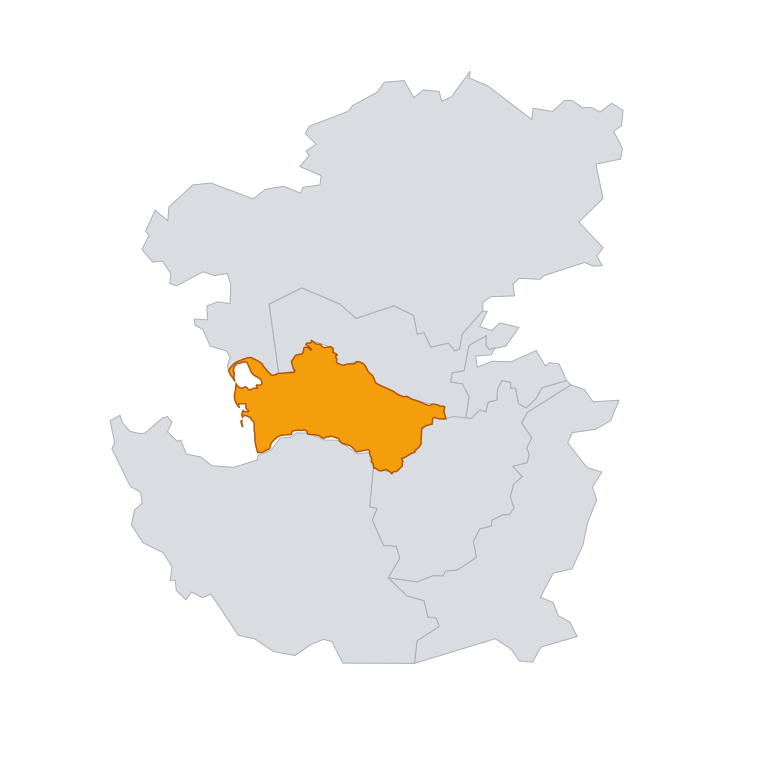 Turkmenistan highlighted, orthographic projection, rotated 351°
{"feature_id": "TKM", "entity_name": "Turkmenistan", "entity_type": "country or territory", "adm_level": 0, "iso_a3": "TKM", "parent_name": "Asia", "parent_adm1": "", "projection": "orthographic", "projection_center": [58.325, 38.975], "detail": "fine", "context": "with_neighbors", "style": "filled", "palette": "amber", "viewbox_px": 768, "rotation_deg": 351, "n_neighbors": 6, "source": "natural_earth", "source_scale": "50m", "svg_char_len": 10162}
<svg xmlns="http://www.w3.org/2000/svg" viewBox="0 0 768 768"><g transform="rotate(351 384 384)"><path d="M662.9,151.1L659.1,165.8L650.4,170.5L656.4,188.7L652.9,198.8L627.7,200.0L629.3,235.0L601.7,254.6L621.8,283.7L614.2,290.8L618.0,301.1L609.2,300.4L601.0,295.3L558.9,302.0L554.5,305.0L533.8,300.7L526.9,305.9L526.8,317.4L503.3,314.5L494.7,318.5L492.9,327.2L468.8,347.3L464.2,361.6L458.9,362.3L454.0,353.8L435.9,355.0L431.5,339.6L424.6,340.1L423.9,321.0L406.2,308.4L366.6,314.9L352.8,298.2L317.9,276.3L283.1,287.1L281.7,357.4L274.3,358.1L264.9,342.8L255.5,337.0L239.3,340.2L232.6,346.1L232.2,341.4L236.2,333.7L233.9,326.9L218.3,319.3L213.6,301.7L206.5,296.3L206.7,290.1L219.7,293.0L221.4,279.1L233.0,276.9L244.5,280.5L248.1,262.1L246.5,250.3L233.4,250.4L222.8,244.9L194.4,254.7L188.2,251.0L190.7,241.4L184.2,228.0L174.7,227.4L166.0,213.4L175.3,200.1L172.3,195.9L185.1,176.6L196.0,188.9L199.3,175.4L226.2,157.5L244.6,158.4L283.9,180.8L296.9,173.2L316.0,173.0L331.5,182.6L334.9,177.0L351.9,177.3L354.5,168.4L334.9,156.1L345.8,146.7L343.5,141.7L354.4,136.6L345.6,124.2L350.5,117.7L391.7,109.0L396.6,104.0L423.0,94.7L431.5,86.0L451.4,87.5L458.3,105.8L468.8,99.7L484.1,103.6L485.3,113.7L495.6,110.8L518.2,88.5L515.8,95.0L533.3,105.9L571.3,145.9L574.4,134.9L592.9,141.2L607.1,132.1L614.3,133.5L623.3,142.2L632.2,143.3L639.7,149.3L652.8,142.3L662.9,151.1Z" fill="#d9dde1" stroke="#a8b0b8" stroke-width="1"/><path d="M281.7,357.4L283.1,287.1L317.9,276.3L352.8,298.2L366.6,314.9L406.2,308.4L423.9,321.0L424.6,340.1L431.5,339.6L435.9,355.0L454.0,353.8L458.9,362.3L464.2,361.6L468.8,347.3L492.9,327.2L497.3,328.5L487.4,342.3L498.8,348.0L508.0,341.8L526.2,349.2L510.3,365.6L493.4,366.6L490.6,361.7L492.4,352.5L474.0,359.3L465.3,383.4L453.1,383.8L450.2,392.5L461.4,395.9L466.1,409.8L459.7,429.9L439.6,427.7L439.0,416.0L402.4,401.2L374.7,380.5L366.8,361.1L361.8,357.8L346.3,359.2L340.7,355.4L338.9,340.2L319.8,330.3L307.9,341.4L295.7,347.8L297.9,357.5L281.7,357.4Z" fill="#d9dde1" stroke="#a8b0b8" stroke-width="1"/><path d="M613.5,436.8L602.2,455.6L586.0,461.8L562.4,461.5L556.2,470.9L571.4,498.2L585.4,505.1L573.8,518.4L576.0,531.7L563.2,553.1L555.5,573.8L540.8,596.0L521.5,597.3L505.1,619.2L516.8,626.2L520.0,640.2L530.4,648.2L535.3,663.6L497.7,668.4L487.2,682.0L474.2,678.6L468.2,665.9L454.1,653.0L370.4,664.7L376.4,642.8L400.6,632.0L398.9,623.5L390.7,620.9L389.6,604.4L373.3,596.8L357.8,576.0L385.9,584.6L402.4,580.9L412.4,582.7L415.6,578.4L427.2,579.2L448.1,569.7L447.5,553.6L455.7,542.1L467.8,540.9L469.1,535.4L481.1,531.6L487.2,532.7L492.9,526.6L490.9,515.4L496.3,503.2L505.8,497.1L498.2,485.4L513.0,484.0L516.4,476.6L514.9,469.4L521.4,460.4L513.8,443.8L521.4,434.2L568.5,414.1L580.9,420.8L587.8,434.3L613.5,436.8Z" fill="#d9dde1" stroke="#a8b0b8" stroke-width="1"/><path d="M439.6,427.7L448.0,427.0L464.6,431.7L474.8,424.4L480.2,427.5L484.0,418.2L492.9,417.4L495.4,406.5L500.9,399.0L509.4,402.2L508.6,408.2L513.2,408.5L514.0,424.6L520.8,429.9L531.7,422.2L539.6,412.3L564.9,409.2L568.5,414.1L521.4,434.2L513.8,443.8L521.4,460.4L514.9,469.4L516.4,476.6L513.0,484.0L498.2,485.4L505.8,497.1L496.3,503.2L490.9,515.4L492.9,526.6L487.2,532.7L481.1,531.6L469.1,535.4L467.8,540.9L455.7,542.1L447.5,553.6L448.1,569.7L427.2,579.2L415.6,578.4L412.4,582.7L402.4,580.9L385.9,584.6L357.8,576.0L372.3,558.4L370.6,546.3L358.2,543.5L351.0,516.4L357.6,505.8L350.6,503.2L360.3,465.3L376.4,471.9L388.1,468.8L390.9,460.0L402.9,456.5L411.2,450.1L413.2,434.6L425.7,430.0L427.5,423.0L439.6,427.7Z" fill="#d9dde1" stroke="#a8b0b8" stroke-width="1"/><path d="M459.7,429.9L466.1,409.8L461.4,395.9L450.2,392.5L453.1,383.8L465.3,383.4L474.0,359.3L492.4,352.5L490.6,361.7L493.4,366.6L499.2,365.3L494.8,371.9L478.8,370.8L478.8,381.9L494.3,378.4L512.9,382.0L539.6,374.7L546.2,391.5L550.6,388.8L560.0,391.5L564.9,409.2L539.6,412.3L531.7,422.2L520.8,429.9L514.0,424.6L513.2,408.5L508.6,408.2L509.4,402.2L500.9,399.0L495.4,406.5L492.9,417.4L484.0,418.2L480.2,427.5L474.8,424.4L464.6,431.7L459.7,429.9Z" fill="#d9dde1" stroke="#a8b0b8" stroke-width="1"/><path d="M154.6,566.1L146.5,555.2L147.2,545.2L142.1,544.6L146.0,531.3L139.3,515.9L121.1,503.1L112.5,483.6L117.9,469.4L126.5,463.9L126.7,452.7L117.5,445.7L105.1,405.3L108.8,399.9L107.7,377.5L118.3,373.6L119.5,381.1L125.6,390.9L135.2,394.8L140.5,395.0L159.4,383.1L165.0,382.3L168.7,388.4L162.6,397.2L170.7,408.2L174.5,407.6L177.8,422.2L191.7,427.5L201.4,437.9L222.8,442.8L246.8,439.2L248.5,434.8L262.0,431.7L273.1,421.1L283.2,422.0L289.9,418.5L300.5,420.5L317.2,430.2L329.3,432.2L347.1,448.9L358.5,449.3L360.3,465.3L350.6,503.2L357.6,505.8L351.0,516.4L358.2,543.5L370.6,546.3L372.3,558.4L357.8,576.0L373.3,596.8L389.6,604.4L390.7,620.9L398.9,623.5L400.6,632.0L376.4,642.8L370.4,664.7L299.5,653.2L292.4,630.3L284.3,626.8L271.2,629.8L253.8,638.3L233.1,631.1L216.7,615.7L200.8,609.3L180.2,564.5L171.2,566.7L161.3,559.4L154.6,566.1Z" fill="#d9dde1" stroke="#a8b0b8" stroke-width="1"/><path d="M281.8,357.1L285.6,357.5L289.0,357.7L293.2,358.0L294.5,358.3L296.0,358.5L296.7,358.6L297.4,357.7L297.9,357.3L298.2,356.9L298.1,356.5L297.6,356.2L296.8,355.0L296.4,350.8L296.1,347.2L297.1,346.1L298.3,345.3L300.0,342.9L300.8,342.2L302.1,341.6L306.5,341.5L308.3,341.0L308.9,340.2L309.8,338.2L310.2,336.6L310.7,335.9L311.3,335.3L312.0,335.3L313.3,335.8L314.2,336.1L314.9,336.4L315.5,337.0L316.2,338.0L316.3,338.7L316.5,339.0L317.0,339.1L317.4,339.1L317.6,338.9L317.8,338.6L317.7,338.1L316.8,336.9L315.0,334.6L313.8,333.6L313.2,333.1L313.1,332.6L313.9,331.9L314.6,331.5L315.9,331.8L317.7,332.0L318.4,331.6L319.2,329.8L321.2,331.7L323.3,333.9L324.1,334.3L325.5,334.5L326.8,334.6L327.3,334.8L327.8,335.4L329.0,337.8L330.1,338.4L331.4,338.8L335.8,338.7L337.2,338.8L338.3,339.9L339.0,340.4L339.3,340.8L339.3,341.3L339.0,341.9L339.0,343.1L338.9,344.1L338.6,344.5L338.5,344.9L338.8,345.3L340.9,346.1L341.6,347.1L342.1,347.5L342.3,348.1L341.9,348.5L340.9,348.3L340.5,349.0L340.5,350.1L341.2,351.2L341.4,352.1L341.0,353.1L340.5,354.4L340.5,355.3L340.8,355.9L342.4,356.8L346.1,359.1L347.0,359.2L350.4,358.6L352.1,358.5L353.0,358.8L355.7,359.1L356.6,359.4L357.5,359.4L358.7,359.3L359.5,358.2L359.9,357.9L360.3,357.7L361.1,357.7L363.2,358.3L365.5,359.7L367.0,360.9L367.8,362.1L368.9,364.7L370.1,368.7L371.6,371.3L373.3,372.7L374.5,375.2L375.7,380.8L376.4,381.9L377.0,382.5L379.0,384.0L382.8,386.6L385.1,388.1L388.7,390.4L392.0,392.6L395.4,396.0L396.0,396.5L398.9,398.3L402.2,400.1L404.3,399.5L407.8,402.3L409.2,403.4L409.8,403.7L412.3,404.8L416.3,407.0L421.3,410.3L424.7,412.2L425.6,412.3L426.4,412.3L427.3,411.7L428.3,411.3L430.0,411.6L431.9,412.3L433.1,412.8L434.6,413.6L435.7,414.4L436.6,414.8L439.4,415.3L439.9,415.7L440.2,416.2L440.3,416.7L439.0,419.6L439.1,423.2L439.4,425.9L439.7,428.0L439.0,428.1L437.1,427.8L433.4,427.2L430.1,425.7L428.0,424.7L427.7,424.9L426.8,425.8L426.3,426.8L425.9,428.8L425.3,431.1L421.5,431.4L418.3,431.8L416.2,432.8L414.3,434.2L413.9,435.6L413.5,437.4L412.6,441.6L411.8,445.4L411.4,447.9L410.6,449.6L408.4,451.9L405.8,453.6L404.5,454.3L403.9,455.2L403.8,456.1L403.3,456.3L402.2,456.3L401.0,456.5L398.5,457.5L395.8,458.7L392.6,459.9L390.7,460.0L389.9,460.3L389.6,460.8L390.0,461.8L390.3,462.5L390.7,463.5L389.9,464.3L389.5,465.6L389.1,468.0L388.0,468.7L386.1,470.0L384.1,471.6L383.6,471.9L382.4,472.4L381.2,472.3L380.1,472.1L378.9,472.6L377.7,473.8L377.1,473.5L376.8,472.3L376.2,471.6L374.2,469.9L372.5,468.8L371.8,468.7L370.3,469.1L368.4,469.4L366.8,469.2L365.6,468.8L363.7,467.2L363.0,466.3L362.4,465.6L361.2,465.8L360.8,465.1L360.7,464.2L361.0,463.1L360.9,461.1L360.1,459.7L359.3,459.1L359.4,458.6L359.7,457.6L360.1,456.7L360.1,455.0L359.4,453.1L359.1,450.4L359.2,447.7L358.4,446.4L352.1,446.6L346.5,446.8L346.1,446.5L343.9,443.2L342.1,440.7L340.3,439.2L336.3,437.4L334.4,436.7L332.7,435.3L331.4,433.7L331.0,431.6L330.7,430.9L330.3,430.4L329.9,430.1L329.4,430.2L324.8,427.8L322.9,427.1L321.2,427.7L320.4,427.7L318.9,427.1L317.2,428.0L316.5,428.1L315.4,427.8L314.6,427.5L312.2,425.2L310.3,424.3L308.9,423.7L306.2,422.9L303.4,422.4L301.9,422.0L300.9,421.5L300.6,421.2L300.6,420.4L300.6,419.3L300.2,418.5L299.5,417.6L298.5,416.9L296.8,417.0L294.2,416.9L292.2,416.1L290.7,416.0L288.8,416.1L287.2,416.0L286.1,416.5L285.4,417.1L285.0,418.9L284.6,419.2L284.0,419.3L283.1,419.2L281.3,419.2L278.1,418.8L274.2,418.6L271.2,419.4L268.8,420.7L266.5,422.1L263.8,424.4L263.0,425.4L261.2,429.6L260.5,430.1L259.6,430.6L258.7,430.6L256.8,431.2L254.4,432.1L252.7,432.4L248.5,432.0L248.3,430.7L247.8,425.7L247.7,420.8L247.8,418.5L248.5,414.0L248.6,411.7L248.5,409.6L248.7,407.6L249.2,405.3L249.5,403.0L249.3,401.3L248.6,400.0L247.3,398.3L247.1,397.3L247.1,396.2L245.8,396.0L244.8,394.9L243.8,394.2L241.8,393.4L240.8,393.3L239.8,393.8L239.1,394.7L238.7,393.1L238.8,391.5L240.6,388.2L241.6,389.3L242.8,389.7L244.4,389.9L246.0,389.7L245.7,388.5L245.0,387.8L244.2,387.3L243.9,385.7L244.1,384.2L244.6,382.7L244.2,382.1L243.5,381.7L241.8,381.6L239.6,381.1L237.4,380.8L236.8,382.5L237.9,384.9L236.9,383.7L236.0,382.2L234.8,379.4L234.2,376.2L234.2,372.7L235.1,370.0L236.2,367.4L237.0,364.0L238.0,360.7L238.7,362.3L239.5,363.6L240.7,364.9L241.3,365.3L243.3,365.9L244.6,365.8L246.1,365.1L247.4,365.4L248.5,366.9L249.4,368.5L250.9,368.9L254.2,367.9L255.7,367.7L257.0,368.3L257.6,368.4L258.3,368.4L257.8,367.0L257.6,365.6L258.4,365.0L260.9,365.8L262.5,365.4L262.9,365.1L263.3,364.8L263.5,363.6L263.5,362.5L263.3,361.3L262.9,360.3L261.8,358.9L257.6,355.5L256.2,354.1L255.0,352.4L254.3,350.0L253.8,347.5L253.3,345.6L252.0,341.3L251.5,340.8L250.7,340.5L248.9,340.3L247.1,340.5L244.1,341.1L242.4,340.8L241.6,341.2L239.5,342.8L238.5,344.3L237.0,347.8L237.9,348.9L237.8,349.7L236.7,354.8L237.0,357.4L236.9,357.5L236.5,356.9L235.6,354.3L233.8,351.1L232.5,346.2L235.6,343.2L238.2,341.2L240.3,339.9L240.9,339.6L243.7,338.7L247.3,337.9L250.0,337.3L253.4,336.8L254.5,336.8L256.1,336.9L257.4,337.5L258.2,338.0L261.0,340.0L263.8,342.1L266.2,344.4L266.9,345.3L267.2,346.3L267.5,347.4L269.5,350.7L270.3,352.2L271.5,354.2L272.4,355.2L273.4,356.4L274.0,357.4L274.7,357.9L275.6,358.1L277.5,357.9L279.8,357.3L281.2,357.1L281.8,357.1ZM237.9,403.5L237.7,404.4L237.1,401.7L236.8,398.7L237.4,397.9L238.0,397.9L237.4,399.0L237.9,403.5Z" fill="#f59e0b" stroke="#b45309" stroke-width="1.5"/></g></svg>